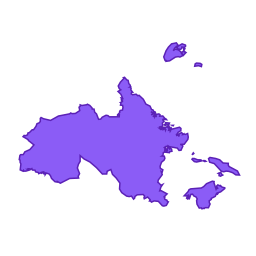 Minahasa Utara, Sulawesi Utara, Indonesia, rotated 88°
{"feature_id": "22746128B90516172699691", "entity_name": "Minahasa Utara", "entity_type": "district", "adm_level": 2, "iso_a3": "IDN", "parent_name": "Indonesia", "parent_adm1": "Sulawesi Utara", "projection": "mercator", "projection_center": [124.995, 1.587], "detail": "fine", "context": "isolated", "style": "filled", "palette": "violet", "viewbox_px": 256, "rotation_deg": 88, "n_neighbors": 0, "source": "geoboundaries", "source_scale": "gbopen_adm2", "svg_char_len": 5796}
<svg xmlns="http://www.w3.org/2000/svg" viewBox="0 0 256 256"><g transform="rotate(88 128 128)"><path d="M199.3,124.9L198.3,123.8L196.6,123.4L195.1,121.1L195.0,115.2L196.5,113.8L198.3,114.5L199.3,114.2L197.7,110.8L200.4,108.4L201.7,109.1L201.8,108.1L202.9,107.1L201.8,104.4L202.4,100.2L206.9,96.4L207.3,94.9L206.7,92.4L203.2,90.3L202.9,91.2L201.5,91.6L200.6,93.6L198.9,94.1L198.4,93.6L197.9,94.2L195.2,91.2L191.7,97.2L191.9,98.5L188.2,97.2L185.7,95.4L186.4,97.0L183.5,99.6L183.3,100.7L183.3,100.0L181.1,99.6L175.8,95.4L173.1,96.2L173.7,95.5L171.0,94.6L169.4,97.1L167.4,97.3L163.4,95.7L161.3,93.0L159.6,92.2L157.4,92.7L157.2,95.1L156.6,94.0L154.0,93.6L153.6,92.7L152.0,92.0L150.6,91.9L149.1,91.4L148.8,91.5L149.0,92.2L148.8,92.4L147.6,90.5L147.8,89.0L147.1,88.7L148.0,87.6L149.8,79.4L152.2,77.8L152.1,75.8L148.0,73.8L147.1,74.2L146.2,76.4L146.2,72.4L141.5,68.6L139.2,68.1L135.6,68.6L136.4,70.7L136.0,72.3L136.7,73.1L136.0,72.8L136.4,73.7L135.6,73.5L134.4,74.7L135.8,77.2L137.6,77.2L137.7,77.7L136.7,78.2L137.1,79.6L136.1,79.8L135.2,78.5L134.2,78.3L132.5,75.3L130.3,75.1L129.0,76.5L130.9,85.1L130.0,84.5L129.1,85.0L130.3,85.9L131.4,85.4L132.3,85.6L132.7,85.9L131.5,86.0L131.7,87.5L129.8,86.9L129.2,87.7L128.8,86.6L127.1,87.1L129.3,91.5L130.9,90.3L131.5,90.6L130.7,90.7L130.2,91.8L130.7,92.7L129.8,92.5L130.7,95.2L129.7,96.3L130.1,94.6L128.6,92.3L128.6,94.5L128.4,94.9L128.1,95.0L126.9,93.2L124.3,93.5L122.5,91.8L121.1,93.0L120.5,92.6L121.0,89.2L120.1,89.9L119.8,91.4L119.3,91.1L117.2,92.8L117.3,95.9L115.9,95.5L115.0,96.6L115.4,99.7L117.3,99.3L118.0,99.7L117.2,99.5L116.6,100.3L117.6,100.8L116.5,100.9L117.7,102.7L115.3,100.6L114.6,102.1L113.7,102.2L115.3,103.1L115.6,104.5L115.2,103.3L113.9,102.8L112.5,104.6L114.2,100.9L113.9,100.0L112.8,100.4L112.5,101.5L110.7,102.5L110.4,103.8L106.9,105.2L104.7,109.3L99.8,111.7L95.7,115.8L96.1,117.0L94.5,118.7L94.9,122.3L93.6,124.1L93.8,123.4L92.4,123.2L92.4,122.1L90.0,123.8L88.3,123.5L87.7,124.1L87.0,123.9L87.0,124.5L86.7,124.0L85.1,124.4L83.7,125.6L80.4,126.2L79.8,127.6L77.2,129.7L77.5,130.6L77.9,130.0L81.9,134.0L85.7,136.3L88.3,135.4L89.6,133.9L91.1,136.7L94.1,133.9L98.2,132.3L97.8,133.8L99.8,132.8L99.9,133.6L101.4,132.7L102.2,134.6L102.5,134.1L104.9,134.7L105.2,132.6L107.2,132.3L109.9,132.9L110.2,135.1L111.1,135.8L112.2,135.7L114.5,138.0L115.0,138.0L114.6,136.2L116.5,136.4L116.2,146.2L114.9,147.6L114.5,149.5L116.3,153.4L118.2,155.0L118.3,157.1L112.8,159.0L111.1,160.7L107.9,161.3L107.8,163.1L106.7,163.2L104.1,165.4L102.8,167.8L103.3,168.4L103.9,173.3L103.2,175.0L104.7,175.1L105.5,176.2L108.9,175.6L111.6,180.0L111.7,183.2L111.0,184.8L111.8,185.7L113.6,197.1L117.7,205.1L115.8,212.1L114.5,214.5L115.3,215.3L118.4,215.4L119.8,216.7L120.5,218.8L123.1,219.9L126.5,222.5L126.4,223.8L129.2,226.8L129.4,228.1L131.3,228.7L132.1,230.7L131.8,232.1L133.0,233.2L136.1,228.3L137.0,228.0L141.6,222.6L146.1,226.8L148.2,231.9L150.9,233.6L150.9,236.3L151.7,237.0L155.8,237.8L156.3,237.0L158.6,237.0L160.2,236.3L166.1,237.2L167.5,234.4L166.7,233.9L167.5,233.5L167.5,231.5L166.8,228.8L166.0,229.8L166.2,228.0L165.1,230.0L165.4,227.4L166.2,227.1L165.2,225.5L166.7,225.0L166.9,222.4L168.6,221.9L169.4,219.1L170.5,218.8L169.4,216.1L170.6,216.7L169.4,215.1L170.1,214.5L168.4,213.6L170.8,213.7L171.1,212.7L170.2,212.9L170.1,212.4L171.8,212.4L170.2,211.2L171.1,208.6L172.9,207.2L175.7,206.2L179.1,202.9L179.6,200.6L179.0,200.5L180.8,197.5L176.4,188.1L176.3,179.1L174.5,179.5L171.9,178.0L166.2,180.0L162.5,178.8L159.7,177.0L153.9,176.8L157.4,173.0L160.7,167.2L166.5,160.9L173.1,155.2L173.2,150.9L170.5,150.3L168.9,146.6L173.8,145.1L177.5,141.6L182.8,138.0L188.7,138.6L192.4,136.5L196.0,131.8L196.6,129.2L196.2,126.9L199.3,124.9ZM127.6,95.2L128.4,96.1L128.3,97.0L127.6,95.2ZM191.9,33.4L191.1,33.4L190.4,36.0L188.2,38.1L189.3,37.6L188.0,40.2L189.1,41.4L190.4,41.2L191.8,40.0L191.1,41.4L192.3,42.1L185.8,44.0L184.5,43.8L184.1,45.6L186.4,51.5L189.2,54.4L190.5,56.8L191.0,67.4L191.7,69.1L193.7,70.2L197.7,74.2L197.9,71.9L197.1,69.8L201.5,69.4L196.5,67.5L196.4,65.8L198.3,64.5L199.2,62.5L201.3,61.3L202.9,62.0L206.6,61.7L210.5,59.6L210.4,57.5L211.4,56.9L210.8,55.5L211.2,54.8L210.3,53.6L210.5,50.4L206.8,48.6L205.6,49.3L203.6,49.4L202.3,47.3L201.3,47.3L199.4,43.2L196.2,41.6L197.3,41.6L197.4,41.0L196.2,40.1L195.9,40.5L195.1,37.7L191.9,33.4ZM62.3,84.0L58.8,78.2L58.4,75.4L58.9,73.6L57.5,70.5L55.0,72.1L53.8,72.4L51.6,75.1L50.8,78.1L52.3,80.1L49.7,78.5L47.9,76.4L47.5,74.7L44.6,76.7L45.4,81.5L48.6,84.8L52.2,87.3L58.2,89.8L61.8,88.6L61.9,87.6L62.7,87.7L62.3,84.0ZM178.6,21.9L178.9,18.2L174.8,20.1L170.0,28.4L168.5,29.1L166.8,29.0L166.3,34.2L163.0,37.4L161.5,41.5L160.3,47.1L161.4,48.6L165.0,47.6L166.6,43.0L174.5,36.2L175.1,33.8L174.5,31.5L174.9,28.7L176.3,25.0L178.6,21.9ZM49.0,71.4L49.3,68.6L48.1,67.5L47.1,67.7L45.8,71.0L47.8,74.9L49.6,76.4L50.8,75.1L51.2,72.8L50.4,71.5L49.0,71.4ZM164.4,60.6L163.4,55.2L162.4,56.3L162.2,59.5L160.8,62.8L160.7,64.6L161.5,65.2L163.9,62.9L164.4,60.6ZM152.8,84.9L150.5,85.2L149.5,86.7L150.4,87.1L149.0,88.3L149.4,89.6L151.9,89.4L153.5,91.4L154.1,87.5L153.1,87.2L152.8,84.9ZM69.2,52.5L67.0,52.0L65.9,53.6L65.5,57.3L66.2,58.6L68.6,59.2L68.2,55.3L69.2,52.5ZM54.6,71.8L57.4,70.2L54.6,67.4L53.3,70.3L54.6,71.8ZM126.7,90.9L125.7,87.0L124.5,86.4L124.0,90.1L124.6,89.7L126.0,91.6L126.7,90.9ZM178.6,35.8L178.4,34.3L178.1,35.6L175.6,36.9L176.5,38.3L178.8,38.7L179.4,37.1L178.6,35.8ZM200.0,70.1L198.6,71.1L200.2,71.9L201.0,70.9L200.0,70.1ZM52.0,69.6L50.8,68.3L50.1,68.8L50.4,69.6L52.0,69.6ZM163.2,54.3L164.2,52.5L164.0,51.3L163.3,52.2L163.2,54.3ZM151.3,91.7L151.5,91.0L150.9,90.7L150.0,91.2L151.3,91.7ZM155.8,63.1L155.1,63.6L156.5,64.6L156.7,64.3L155.8,63.1ZM126.9,83.7L127.4,82.8L126.9,82.5L126.9,83.7ZM176.8,38.7L176.2,38.8L176.5,39.4L176.8,38.7ZM52.7,69.3L53.3,69.3L53.2,68.9L52.7,69.3Z" fill="#8b5cf6" stroke="#5b21b6" stroke-width="1.5"/></g></svg>